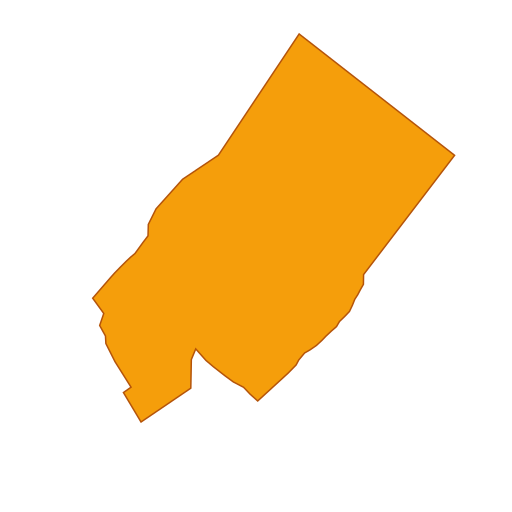 Godoy Cruz, Mendoza, Argentina, rotated 128°
{"feature_id": "61730980B65696881637259", "entity_name": "Godoy Cruz", "entity_type": "district", "adm_level": 2, "iso_a3": "ARG", "parent_name": "Argentina", "parent_adm1": "Mendoza", "projection": "equal_earth", "projection_center": [-68.856, -32.929], "detail": "fine", "context": "isolated", "style": "filled", "palette": "amber", "viewbox_px": 512, "rotation_deg": 128, "n_neighbors": 0, "source": "geoboundaries", "source_scale": "gbopen_adm2", "svg_char_len": 829}
<svg xmlns="http://www.w3.org/2000/svg" viewBox="0 0 512 512"><g transform="rotate(128 256 256)"><path d="M369.2,165.4L328.6,158.6L317.2,157.3L311.6,158.3L302.5,158.0L296.6,155.6L289.2,153.3L281.8,152.1L276.5,151.6L268.7,150.4L262.1,149.1L256.2,149.9L249.2,148.9L242.2,148.2L235.5,149.7L229.3,151.5L223.8,152.0L218.4,153.0L212.2,153.9L204.4,159.8L54.4,161.5L54.5,358.7L199.7,347.7L240.7,361.1L280.3,363.8L297.4,360.3L306.6,353.5L314.9,353.4L328.6,352.9L334.1,354.1L339.9,355.0L347.9,356.0L356.1,356.9L361.9,357.3L375.8,358.0L389.8,358.7L395.0,340.6L407.0,336.4L411.7,325.4L417.4,320.4L426.1,302.0L428.5,295.3L436.3,273.7L445.2,276.4L457.6,244.4L400.3,226.0L377.4,243.2L366.3,246.3L369.1,231.1L369.5,221.4L369.5,206.9L369.2,196.3L367.1,184.9L368.5,175.6L369.2,165.4Z" fill="#f59e0b" stroke="#b45309" stroke-width="1.5"/></g></svg>